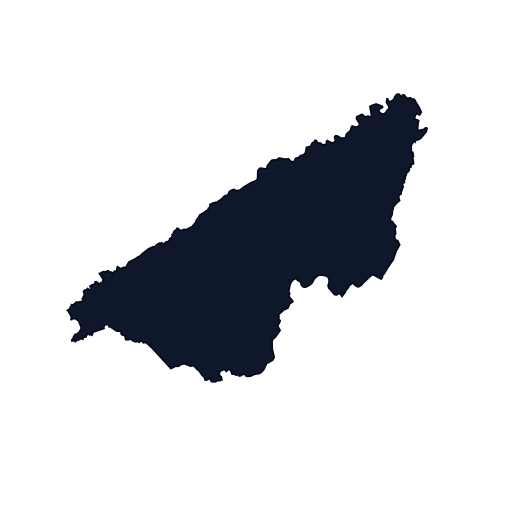 San Sai, Chiang Mai, Thailand (Mercator projection), rotated 73°
{"feature_id": "78962969B96065605471256", "entity_name": "San Sai", "entity_type": "district", "adm_level": 2, "iso_a3": "THA", "parent_name": "Thailand", "parent_adm1": "Chiang Mai", "projection": "mercator", "projection_center": [99.037, 18.947], "detail": "fine", "context": "isolated", "style": "filled", "palette": "ink", "viewbox_px": 512, "rotation_deg": 73, "n_neighbors": 0, "source": "geoboundaries", "source_scale": "gbopen_adm2", "svg_char_len": 6074}
<svg xmlns="http://www.w3.org/2000/svg" viewBox="0 0 512 512"><g transform="rotate(73 256 256)"><path d="M310.5,138.5L305.4,133.0L299.8,125.8L292.6,120.7L287.3,115.2L282.7,116.0L281.2,117.7L278.7,118.0L276.2,116.7L275.6,115.9L269.9,114.7L268.6,113.2L264.2,115.2L263.0,115.2L262.7,116.5L260.8,116.9L258.7,115.9L256.2,113.6L252.3,112.0L251.1,110.8L249.7,110.8L246.6,106.1L245.0,102.3L242.7,102.5L240.2,101.8L239.0,98.9L236.1,98.0L236.4,97.7L235.8,97.0L233.6,95.8L233.3,95.0L229.5,94.8L229.3,92.7L228.4,92.2L226.7,92.6L226.5,91.4L225.7,90.6L223.4,90.0L223.2,89.2L220.2,87.2L220.3,86.2L219.1,84.6L217.9,83.9L217.0,84.4L216.3,83.7L216.5,82.1L215.7,81.3L214.1,81.1L214.0,79.4L213.6,79.1L213.9,78.3L210.1,77.5L208.4,77.6L207.2,77.0L207.2,76.4L204.8,75.8L202.6,75.7L202.4,76.6L200.1,76.8L199.7,76.2L197.2,75.7L196.8,76.0L195.9,74.9L195.3,75.0L192.5,71.4L193.7,70.6L192.5,70.1L192.0,68.6L192.4,67.4L191.8,64.2L187.2,57.0L184.3,55.1L183.4,55.2L182.9,56.3L183.8,58.5L183.5,63.4L182.5,64.5L175.5,61.7L174.4,60.7L173.5,61.2L171.7,63.9L169.6,63.6L167.0,61.3L167.0,60.6L169.1,58.3L166.9,55.8L162.8,56.2L152.6,58.7L152.0,59.1L151.6,60.5L149.7,62.2L149.6,64.3L148.8,65.6L144.9,67.4L144.9,69.0L146.2,70.0L146.4,70.7L143.3,71.5L142.6,72.9L142.5,74.2L144.2,76.8L146.3,78.2L147.5,81.5L147.1,83.5L146.2,84.0L144.2,84.0L143.9,84.9L147.2,86.4L151.9,85.3L153.3,85.6L154.4,86.6L155.1,88.5L156.5,89.8L157.3,91.4L157.1,94.0L153.9,96.1L152.8,95.9L151.5,94.4L151.0,91.4L149.7,91.3L145.6,96.7L145.9,102.3L146.4,103.5L154.6,104.4L155.7,104.7L156.2,105.6L156.0,106.7L154.8,107.8L155.0,110.8L151.4,113.2L152.2,119.0L154.2,119.9L159.4,118.5L160.9,118.8L161.8,120.1L161.8,122.6L161.5,123.8L159.9,125.5L159.7,126.2L160.8,127.4L163.5,128.9L165.8,133.9L169.1,136.1L168.2,140.0L164.8,143.1L164.2,145.0L165.3,146.3L168.8,146.3L170.2,148.0L169.8,150.6L166.3,154.0L166.9,155.2L169.3,155.8L169.6,157.1L169.2,159.2L168.6,160.2L166.7,161.4L166.0,163.8L163.1,164.6L162.5,165.7L163.8,167.1L164.4,169.4L167.1,171.8L166.7,176.0L171.4,178.4L172.2,179.2L173.1,181.8L172.9,184.0L174.3,186.7L174.0,189.5L177.1,192.4L175.6,194.9L172.6,196.3L171.5,200.6L169.0,205.1L170.0,208.4L169.0,211.9L169.1,213.2L173.0,218.9L175.3,220.1L175.4,221.2L173.1,226.2L173.8,228.1L175.1,229.5L182.1,231.8L183.3,232.7L183.9,234.2L184.3,239.1L186.2,247.0L188.2,252.2L187.8,255.6L185.8,257.5L185.7,259.4L186.5,262.7L188.3,264.0L189.3,265.8L189.3,268.8L191.3,272.2L193.2,278.1L192.7,279.0L193.1,279.4L192.6,280.9L193.2,285.1L195.5,285.7L196.4,287.8L198.0,288.6L198.1,290.8L198.6,291.3L200.3,297.9L202.4,300.0L203.7,302.1L206.1,304.0L209.2,308.7L210.3,315.7L209.3,317.0L209.7,318.1L209.4,321.1L207.0,322.2L206.3,323.4L207.8,325.2L208.1,326.9L211.0,329.2L211.0,330.0L212.1,329.6L212.8,330.9L213.6,331.0L214.1,333.4L215.0,333.8L216.8,336.3L216.0,337.4L217.6,341.0L215.6,342.3L216.0,343.4L215.3,344.4L216.2,348.2L217.5,349.8L217.0,351.7L217.6,356.5L220.6,364.4L222.2,367.1L222.1,368.5L223.2,371.8L224.6,379.5L228.5,383.6L228.5,385.4L228.0,386.1L228.5,387.9L228.1,389.5L225.6,391.6L228.0,393.2L229.4,393.3L229.2,395.7L230.0,397.5L231.0,397.8L230.6,398.7L229.1,399.0L228.4,400.3L228.5,401.2L227.1,401.3L226.7,402.0L227.1,403.4L226.7,404.5L227.2,405.4L226.3,406.2L226.2,407.6L226.8,408.3L226.8,411.0L232.2,409.4L232.5,408.6L234.6,409.7L235.6,409.0L236.3,409.3L235.9,411.9L236.8,412.6L236.6,413.7L237.2,414.4L236.1,414.5L233.9,416.2L233.6,417.5L235.1,417.8L235.7,419.3L235.5,421.3L237.0,421.9L236.0,422.7L236.2,423.7L237.0,423.8L237.7,423.1L239.5,423.3L239.5,425.2L237.7,426.4L238.7,428.3L238.4,429.6L238.8,430.6L239.7,431.5L240.8,431.2L243.3,431.9L246.2,434.7L247.7,434.2L248.6,436.4L247.5,442.0L248.6,443.4L249.2,445.8L248.5,446.7L249.6,447.2L250.3,448.4L252.2,449.9L252.3,451.3L252.9,452.5L253.9,451.7L260.3,450.4L262.7,451.6L263.0,450.8L262.3,449.3L263.1,447.9L263.2,446.4L264.3,446.2L266.0,444.8L272.9,444.1L274.7,444.9L276.0,445.0L275.8,446.3L276.3,446.4L278.0,449.4L278.1,452.4L279.0,452.6L279.3,453.7L281.4,455.2L282.4,456.9L283.7,456.9L283.6,455.6L284.4,454.2L285.2,453.9L284.2,451.8L284.7,450.4L284.0,449.2L284.3,446.5L285.1,445.8L283.4,444.9L283.7,442.0L282.2,441.4L282.1,440.6L281.4,440.5L281.3,439.3L281.7,438.7L282.9,438.2L282.4,437.5L283.9,436.1L282.2,434.6L281.2,434.5L281.0,422.5L279.7,422.4L277.8,420.8L278.0,418.4L279.1,417.3L281.0,417.2L280.9,416.4L281.7,415.3L282.4,415.3L283.3,413.7L284.5,413.7L285.1,412.7L286.9,411.6L288.8,407.3L289.7,407.1L290.5,407.8L291.6,407.7L292.5,407.1L293.0,405.8L294.5,404.8L298.0,405.1L298.8,403.0L299.0,399.9L301.1,398.7L303.0,396.3L303.1,394.3L304.5,392.9L303.7,391.7L304.3,389.7L306.3,389.1L306.5,386.6L313.8,382.3L338.9,370.3L338.0,365.3L338.9,362.2L337.9,359.6L338.2,355.9L342.4,350.8L342.4,348.4L344.1,346.9L347.1,345.7L348.9,344.2L354.1,342.6L357.3,340.8L359.9,341.0L360.3,338.9L359.8,337.3L358.8,336.9L358.9,336.3L363.2,335.4L363.8,334.2L363.9,332.4L364.5,332.1L364.6,331.2L363.8,329.7L364.8,327.0L364.4,326.5L364.6,324.7L361.1,324.5L359.8,325.8L356.9,325.1L355.7,323.6L355.5,321.0L354.0,320.8L355.7,319.1L357.8,318.3L356.6,315.9L357.9,313.5L358.9,313.8L362.1,313.4L362.2,312.1L364.2,309.9L364.2,307.9L365.9,307.4L366.2,305.3L365.3,303.3L366.2,301.2L367.9,300.7L368.8,299.5L369.4,295.8L368.7,292.0L369.1,290.8L368.8,289.8L369.5,287.9L368.9,285.0L366.9,281.6L362.0,277.2L360.5,270.4L358.1,268.1L349.9,267.6L342.3,265.5L340.6,264.2L339.1,260.8L334.2,254.6L329.3,255.6L325.2,251.7L322.5,252.6L320.6,251.6L318.8,251.6L315.7,244.9L315.2,240.6L311.7,237.8L310.6,234.1L309.6,234.0L304.5,236.1L303.5,236.0L301.8,234.6L299.4,235.0L293.5,231.8L291.2,229.9L289.5,226.9L289.4,224.1L291.1,223.7L293.9,221.0L296.8,221.2L298.4,220.6L299.7,219.6L300.3,218.3L300.2,215.5L299.2,212.0L298.2,210.1L294.8,206.7L293.3,203.5L292.9,201.7L293.5,198.6L296.1,194.2L298.3,193.1L300.4,193.2L302.7,194.0L305.2,195.8L307.8,195.9L316.0,192.2L316.9,190.3L316.0,187.4L317.6,186.3L320.0,185.7L316.6,180.9L315.2,180.1L313.5,177.2L311.5,175.3L310.3,171.1L312.9,170.0L315.6,167.4L314.9,163.8L313.9,162.7L308.0,150.6L308.8,148.9L314.7,143.2L314.1,141.9L310.9,139.8L310.5,138.5Z" fill="#0f172a" stroke="#020617" stroke-width="1.5"/></g></svg>